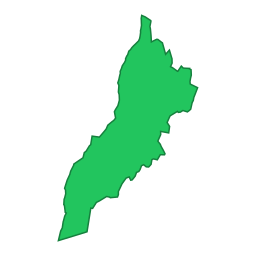 Barkin Ladi, Plateau, Nigeria
{"feature_id": "59680162B6096372749080", "entity_name": "Barkin Ladi", "entity_type": "district", "adm_level": 2, "iso_a3": "NGA", "parent_name": "Nigeria", "parent_adm1": "Plateau", "projection": "equal_earth", "projection_center": [8.921, 9.534], "detail": "fine", "context": "isolated", "style": "filled", "palette": "green", "viewbox_px": 256, "rotation_deg": 0, "n_neighbors": 0, "source": "geoboundaries", "source_scale": "gbopen_adm2", "svg_char_len": 2120}
<svg xmlns="http://www.w3.org/2000/svg" viewBox="0 0 256 256"><path d="M58.4,240.6L87.0,231.8L90.8,208.1L92.6,208.4L96.4,202.4L99.4,200.9L106.6,196.5L109.6,197.1L110.3,197.7L117.5,197.0L118.4,194.6L118.4,191.5L122.0,183.8L126.1,178.1L129.2,176.9L130.7,180.2L131.1,180.1L132.0,180.0L133.0,178.9L135.2,176.1L136.5,172.4L138.8,171.5L140.0,169.7L141.5,165.7L143.6,164.7L146.2,166.8L148.5,167.0L149.0,166.7L151.1,164.3L151.9,159.6L153.5,158.9L157.3,159.8L160.3,154.7L164.5,154.8L165.0,153.8L163.4,150.5L161.1,146.4L160.3,144.3L158.0,141.4L157.9,141.3L158.0,140.7L160.7,134.6L160.6,131.4L168.7,132.9L169.6,126.4L167.1,122.5L169.8,116.4L170.3,115.7L177.4,111.4L178.3,112.4L180.4,112.1L182.9,110.5L187.4,111.9L189.3,110.5L190.7,109.2L192.2,102.4L192.3,102.4L193.3,100.4L193.8,97.5L195.0,94.5L197.6,87.7L190.3,84.1L190.2,84.0L190.0,81.4L190.6,78.0L191.3,75.1L191.1,70.6L191.0,69.6L188.9,68.5L189.0,68.4L183.3,68.1L181.3,66.1L177.8,71.3L177.5,71.3L172.4,67.6L170.5,66.7L172.1,63.1L172.0,58.7L171.9,58.5L169.4,50.1L165.6,54.3L162.4,42.8L162.0,42.6L157.8,39.4L156.7,39.3L151.4,41.9L151.0,35.3L150.9,34.1L150.4,28.8L149.9,26.5L150.9,21.5L150.8,20.6L145.2,16.9L141.7,15.4L141.2,18.5L141.3,20.0L141.4,23.1L141.5,25.4L141.0,28.5L140.5,30.8L140.6,32.4L140.1,36.2L139.6,38.6L138.6,40.9L136.9,42.6L135.3,44.2L133.6,45.8L132.0,47.5L131.4,48.3L130.6,49.5L130.3,49.9L129.2,50.7L128.7,51.5L128.2,53.1L127.7,54.7L126.6,56.3L126.0,57.8L125.6,58.5L125.6,60.2L124.5,62.5L123.4,64.1L122.9,64.9L122.3,65.8L121.3,68.9L120.2,71.3L120.3,73.6L119.8,75.1L119.3,77.5L118.8,79.8L117.8,82.9L118.9,85.5L118.4,91.8L118.4,92.1L119.2,94.7L119.4,100.2L119.3,100.5L117.9,105.7L115.4,109.7L114.4,111.7L115.6,118.1L113.7,120.5L112.4,121.4L107.8,125.2L106.2,129.0L104.5,131.1L99.4,137.1L92.1,136.1L90.7,144.7L89.5,145.7L86.1,151.2L84.3,152.6L83.0,157.8L73.9,164.0L73.6,165.4L70.7,171.1L69.8,174.5L67.2,180.1L64.6,188.3L65.5,190.0L65.6,191.7L65.7,193.8L64.7,197.7L64.1,199.3L63.8,204.7L64.4,205.4L65.1,210.8L65.2,212.3L66.3,213.0L64.7,216.2L63.7,220.1L63.2,221.7L62.4,227.0L62.3,227.9L60.7,231.0L58.4,240.6Z" fill="#22c55e" stroke="#15803d" stroke-width="1.5"/></svg>